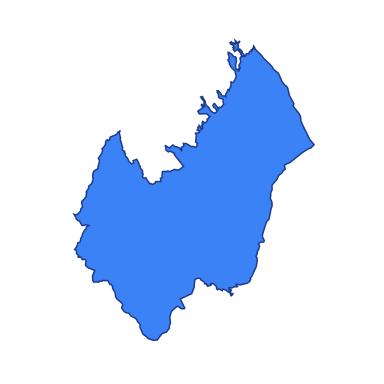 Tisau, Buzau, Romania, rotated 155°
{"feature_id": "2599482B29970481814302", "entity_name": "Tisau", "entity_type": "district", "adm_level": 2, "iso_a3": "ROU", "parent_name": "Romania", "parent_adm1": "Buzau", "projection": "orthographic", "projection_center": [26.544, 45.194], "detail": "fine", "context": "isolated", "style": "filled", "palette": "blue", "viewbox_px": 384, "rotation_deg": 155, "n_neighbors": 0, "source": "geoboundaries", "source_scale": "gbopen_adm2", "svg_char_len": 6006}
<svg xmlns="http://www.w3.org/2000/svg" viewBox="0 0 384 384"><g transform="rotate(155 192 192)"><path d="M124.3,269.4L125.4,272.8L126.4,273.2L126.5,272.5L125.9,271.8L127.0,271.7L126.7,269.8L127.8,266.5L126.9,264.7L125.4,264.1L124.7,262.4L126.0,260.1L126.0,258.3L129.9,256.3L131.4,257.3L133.5,255.9L132.9,257.6L134.0,261.3L134.0,262.3L134.5,262.8L135.6,262.4L136.5,261.5L136.6,259.5L135.4,258.0L135.3,255.7L135.7,254.2L137.5,253.7L139.3,254.9L140.7,258.0L141.2,262.0L142.3,264.2L142.4,266.8L141.7,268.3L142.3,272.5L142.0,273.4L142.5,274.3L143.0,273.9L143.8,274.4L143.8,272.3L142.8,269.3L144.3,265.3L144.4,263.3L145.9,267.3L146.6,267.1L147.0,266.1L146.3,265.4L145.9,264.0L152.6,262.8L152.3,259.6L146.0,257.0L143.8,252.8L145.3,252.6L146.3,251.5L147.5,251.7L148.1,249.9L151.0,249.0L151.3,249.0L152.3,251.4L153.2,250.9L153.8,250.2L153.5,248.6L154.3,248.8L155.3,248.1L154.8,247.0L155.4,246.6L155.1,245.5L156.6,244.6L157.3,244.6L156.9,247.4L157.4,249.3L158.3,248.3L159.5,248.1L159.4,246.8L161.2,246.1L160.2,244.4L159.5,244.4L159.3,243.4L161.3,242.7L163.9,243.9L164.2,243.4L163.8,242.2L167.6,235.7L166.5,233.8L167.1,233.5L168.5,231.1L169.8,231.0L171.6,232.8L173.2,233.1L176.6,238.2L179.3,239.7L179.8,237.2L182.7,237.0L183.6,234.1L184.1,234.0L184.4,236.6L186.2,238.9L188.4,240.5L189.4,242.7L194.0,241.5L196.3,245.2L196.9,244.8L197.2,242.5L197.9,240.9L196.4,238.3L195.5,238.5L194.3,237.9L191.6,234.4L192.0,234.1L192.0,232.3L188.8,218.8L195.0,217.5L198.4,219.9L203.6,219.9L205.0,221.3L206.9,221.3L207.6,222.1L210.2,223.0L212.3,219.4L212.7,217.8L214.9,217.7L215.6,214.6L220.6,216.8L221.8,215.5L225.0,215.7L225.7,217.1L226.7,217.2L227.8,222.4L227.7,224.4L229.7,224.9L230.4,226.0L230.3,226.9L228.7,229.0L229.1,230.0L228.2,231.0L228.0,232.3L228.1,233.8L228.8,234.7L228.1,237.2L228.7,239.5L228.0,240.3L228.3,245.0L232.2,245.3L232.5,243.0L234.9,243.0L236.2,246.4L236.2,250.3L236.9,251.9L237.0,253.9L236.3,254.7L236.9,256.0L236.1,256.5L236.0,257.5L237.4,259.6L236.1,261.6L234.7,270.2L233.8,271.6L233.1,275.6L232.6,276.9L230.9,277.9L234.1,277.5L235.0,276.6L237.1,276.0L242.8,276.4L245.2,273.8L246.2,274.2L246.6,275.1L247.7,275.1L249.0,274.1L250.3,271.7L253.6,269.6L255.2,269.4L255.6,267.3L257.2,265.3L262.6,262.1L262.7,259.1L266.4,254.8L267.3,253.0L271.8,252.5L273.5,251.1L275.2,248.8L276.5,244.8L277.9,243.7L278.2,242.8L280.2,241.7L283.1,241.0L284.5,238.8L288.0,236.7L288.0,235.1L288.9,234.5L289.7,232.7L293.1,230.9L295.7,230.2L296.8,228.6L296.7,227.3L297.7,224.7L299.8,223.7L301.0,221.8L305.2,220.2L307.2,220.5L308.3,221.7L308.0,217.7L308.3,216.6L307.7,214.8L306.3,213.3L305.9,208.3L305.1,207.6L302.1,207.2L299.6,205.3L302.6,204.9L303.6,203.3L305.4,202.9L309.0,200.2L310.7,198.0L312.3,197.1L314.3,194.1L317.0,194.1L319.0,191.7L322.7,189.4L321.5,188.0L322.6,185.0L321.6,181.9L322.7,181.4L322.2,180.6L320.4,180.1L320.0,179.2L320.2,177.3L319.5,176.7L318.0,176.7L317.1,175.6L317.0,174.6L319.3,171.1L319.4,169.8L318.0,167.0L313.2,161.9L317.6,158.1L319.3,153.8L319.3,151.9L316.4,150.9L314.9,149.7L313.6,150.3L311.0,149.2L310.5,149.6L305.7,147.2L305.5,143.0L304.3,142.4L303.9,139.6L304.6,138.6L304.6,136.4L304.2,133.5L305.5,129.2L305.1,126.4L302.3,120.4L302.4,119.0L304.4,117.3L304.7,115.9L304.1,112.8L303.2,110.9L300.6,108.9L299.5,105.2L296.7,101.6L296.0,99.8L296.2,97.9L295.0,93.9L296.4,91.0L296.5,83.7L294.5,80.4L293.8,77.7L289.1,73.5L287.0,73.2L286.2,72.5L278.9,76.4L274.4,75.8L269.8,78.4L269.1,80.2L266.9,82.3L264.9,88.2L262.0,91.5L260.1,92.9L253.7,94.7L252.3,93.3L251.2,90.8L248.4,89.5L247.6,89.8L247.8,100.0L235.2,100.0L230.5,104.6L226.6,111.2L224.2,111.7L221.7,110.7L221.1,109.9L221.0,108.4L218.8,104.9L219.3,103.4L217.9,102.8L218.0,102.2L217.4,101.7L217.9,100.5L217.6,99.9L214.2,99.5L213.8,99.7L214.1,100.6L213.2,101.1L211.3,99.8L209.7,95.8L210.5,94.5L210.6,93.4L209.9,92.5L209.0,92.8L207.9,92.2L206.2,89.8L205.4,90.9L204.9,90.8L202.8,88.8L201.6,86.4L200.6,86.1L200.9,85.6L200.0,83.7L200.5,82.6L200.4,81.4L198.7,81.8L197.9,82.6L199.7,83.5L199.4,84.9L197.9,86.6L198.3,87.4L199.7,87.7L198.9,89.6L196.5,88.2L193.8,88.2L190.9,87.0L190.5,87.2L191.2,88.0L191.0,89.8L187.5,87.4L180.4,86.0L177.5,86.5L175.6,88.2L175.6,89.3L173.5,90.3L165.3,97.2L161.7,102.6L160.9,104.6L161.2,106.6L158.8,108.6L158.0,110.4L156.2,111.5L153.7,114.2L153.4,117.3L150.6,117.5L148.4,116.4L147.4,116.8L147.0,117.9L147.2,120.8L146.4,123.3L138.1,132.5L136.1,134.0L133.9,134.6L127.8,142.9L125.2,145.7L123.8,149.2L123.8,153.1L121.9,155.9L121.4,157.5L118.2,160.5L117.0,163.7L116.1,164.6L109.4,167.7L106.5,170.4L102.5,171.3L100.3,172.8L97.8,173.4L96.9,177.4L90.4,177.4L75.3,181.1L68.1,182.0L65.6,181.7L61.3,183.3L62.8,188.6L63.1,191.0L63.4,205.6L63.3,210.4L61.9,214.0L61.7,216.8L64.0,227.0L62.3,229.2L62.9,238.0L61.4,245.6L61.6,247.8L62.7,249.6L63.7,253.8L63.5,263.2L66.3,268.8L66.3,271.0L67.5,275.0L70.6,282.9L71.2,286.2L74.6,295.4L74.2,295.7L74.4,298.1L75.3,297.0L75.3,295.7L76.3,296.4L77.0,295.6L78.0,295.8L77.8,294.8L78.6,294.9L78.9,294.3L79.6,295.1L81.3,294.3L82.1,293.2L84.3,294.3L85.1,293.3L85.9,293.5L86.0,292.8L87.2,292.7L87.0,294.8L87.8,298.0L87.2,298.3L88.0,300.8L88.9,300.3L89.0,300.9L88.5,301.2L89.4,302.8L88.5,304.1L87.9,306.4L84.7,308.6L88.6,308.0L88.3,310.0L88.8,311.1L89.2,308.4L90.0,307.8L91.1,309.6L91.4,309.8L91.8,308.9L92.7,309.5L92.9,311.5L94.4,311.4L94.4,309.6L92.4,307.4L92.5,306.3L93.8,305.7L92.6,304.4L94.4,304.0L93.9,301.3L90.6,302.0L89.2,297.1L89.5,295.9L88.9,293.5L90.2,294.0L91.9,293.0L93.0,289.0L95.8,287.2L96.5,285.5L95.7,284.7L96.5,283.6L97.3,283.8L97.3,283.0L98.5,282.0L99.1,282.2L98.8,282.9L99.1,283.2L98.6,283.9L100.0,284.5L99.9,286.4L98.3,289.5L96.3,291.8L96.0,293.6L95.3,294.3L95.4,296.0L96.9,296.8L97.6,299.7L99.5,303.0L100.3,303.3L101.1,301.0L101.0,299.5L102.2,296.8L103.7,296.6L103.4,293.3L104.0,292.4L103.7,288.0L101.8,283.2L102.5,281.3L102.7,279.1L103.7,277.3L107.9,273.9L109.3,274.1L109.9,275.2L110.5,275.2L110.3,274.4L112.3,271.3L115.5,268.5L115.7,269.4L116.3,269.7L117.8,267.8L119.8,266.7L120.8,265.3L121.0,264.1L121.9,265.3L124.2,266.3L124.3,269.4Z" fill="#3b82f6" stroke="#1e3a8a" stroke-width="1.5"/></g></svg>